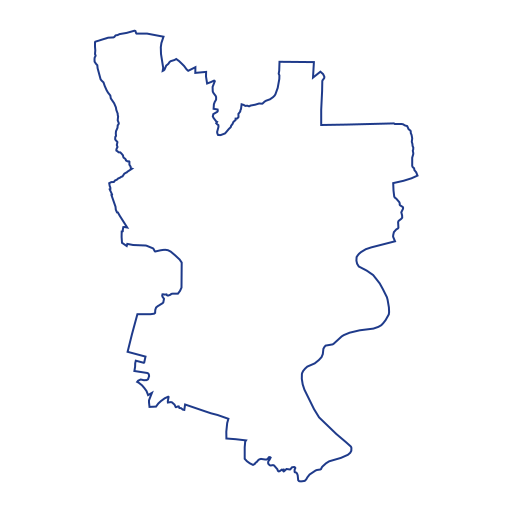 Tan Uyen, Bình Dương, Vietnam (orthographic projection)
{"feature_id": "81297802B30800695298767", "entity_name": "Tan Uyen", "entity_type": "district", "adm_level": 2, "iso_a3": "VNM", "parent_name": "Vietnam", "parent_adm1": "Bình Dương", "projection": "orthographic", "projection_center": [106.743, 11.057], "detail": "fine", "context": "isolated", "style": "outline", "palette": "blue", "viewbox_px": 512, "rotation_deg": 0, "n_neighbors": 0, "source": "geoboundaries", "source_scale": "gbopen_adm2", "svg_char_len": 6023}
<svg xmlns="http://www.w3.org/2000/svg" viewBox="0 0 512 512"><path d="M95.3,41.7L95.0,42.2L95.0,46.8L95.3,50.4L95.0,54.1L95.5,55.2L95.6,55.8L94.7,57.5L94.5,59.1L94.6,61.7L96.0,63.8L97.3,65.2L97.6,68.2L100.6,79.3L101.6,80.6L103.5,82.4L104.7,85.9L106.6,90.2L108.0,92.6L110.3,95.5L110.8,98.4L114.1,103.2L115.9,107.4L116.3,109.9L117.7,113.7L117.7,114.9L118.1,116.4L117.7,120.3L118.8,123.2L118.5,124.3L117.7,125.3L117.5,127.8L116.0,131.2L115.8,133.3L116.0,135.9L115.3,136.9L115.2,138.2L115.2,139.3L115.7,140.2L117.3,141.8L117.4,142.4L116.8,145.0L117.5,147.0L116.6,148.7L116.3,150.0L116.4,150.6L117.5,151.3L118.6,152.3L120.3,152.4L121.5,153.6L123.0,155.4L123.2,156.7L123.6,157.6L125.2,158.8L125.8,159.6L125.9,160.4L127.6,161.4L129.0,161.3L129.4,161.7L129.4,164.7L130.6,166.6L130.8,168.3L132.0,168.7L127.4,171.7L126.8,172.4L125.8,172.8L124.3,173.7L122.5,176.4L121.1,176.9L120.0,177.7L118.1,178.5L117.0,179.6L115.0,180.5L113.8,182.0L111.3,182.1L109.2,183.2L109.7,186.0L110.3,187.5L110.4,189.0L109.7,189.3L112.1,194.6L111.9,195.1L111.5,195.2L115.5,206.7L115.8,209.7L117.0,212.4L117.9,212.5L119.7,215.7L127.2,227.5L124.3,227.0L123.3,227.1L122.8,229.9L122.8,231.2L122.6,231.4L121.7,231.5L121.6,237.0L122.0,242.8L126.7,246.0L127.3,243.9L133.1,245.0L145.4,245.5L146.5,245.7L152.9,248.3L153.4,248.7L154.8,251.3L155.2,251.5L160.5,250.3L163.3,249.9L165.3,249.8L167.9,250.2L170.7,251.6L175.1,255.3L179.6,259.5L181.7,262.6L181.5,287.6L180.0,290.9L177.9,293.7L172.5,293.7L171.3,293.9L170.5,294.7L168.4,295.5L167.5,295.5L166.9,295.2L166.5,294.4L164.8,294.6L163.5,294.3L162.5,294.3L162.2,295.7L162.5,296.7L164.0,298.8L163.3,302.4L162.7,303.1L157.7,306.2L156.1,307.5L155.3,309.8L155.1,312.9L154.1,313.7L150.6,314.2L137.4,314.2L132.0,334.1L127.6,351.8L145.5,356.6L144.2,362.5L143.8,362.8L135.8,360.7L135.2,363.3L135.1,366.7L134.4,371.0L147.3,373.0L148.1,373.4L148.8,374.3L149.1,376.1L148.0,379.3L146.6,380.1L143.9,380.2L140.7,379.5L138.1,380.7L137.2,381.9L138.7,382.7L142.0,385.3L144.3,388.0L146.5,391.0L148.1,395.1L151.9,392.9L149.0,400.3L149.0,402.4L149.5,406.9L156.0,406.6L158.4,403.4L160.9,401.1L164.7,398.3L168.2,396.7L168.6,397.0L167.8,401.2L167.9,402.5L170.8,402.1L171.9,402.3L174.5,404.6L175.7,407.1L176.4,407.1L178.0,406.4L178.7,406.4L179.4,408.0L181.1,408.2L182.8,409.6L184.3,409.9L185.1,404.5L205.6,411.5L211.0,413.3L217.6,415.0L228.4,418.8L227.2,423.0L226.3,431.7L226.4,438.5L235.7,439.2L246.0,440.4L245.2,441.6L244.7,447.2L244.7,458.8L246.9,461.2L249.8,463.3L253.0,464.9L254.7,464.0L255.6,462.7L256.6,462.1L258.3,460.1L259.3,459.4L261.0,458.9L265.0,459.5L266.6,459.5L267.8,458.8L268.8,457.3L269.2,457.1L269.9,457.1L270.6,457.6L269.6,459.6L268.3,461.3L268.1,463.0L268.4,463.9L269.7,465.2L270.7,465.5L273.0,465.1L274.1,465.5L277.4,469.3L277.8,470.6L278.3,471.2L278.7,471.4L279.6,471.2L281.7,469.7L282.6,470.4L282.9,470.3L283.3,469.5L283.7,469.5L283.8,469.9L283.4,471.0L283.7,471.4L284.0,471.3L286.5,469.0L290.0,469.5L290.6,469.0L292.0,467.3L294.2,467.0L295.2,467.6L295.3,468.1L294.6,469.7L294.6,471.8L294.8,472.2L296.0,472.5L296.9,473.3L297.3,474.2L297.7,475.4L298.2,480.2L299.0,481.1L299.8,481.3L301.9,481.3L304.7,480.9L306.2,479.4L307.4,477.3L309.6,474.5L315.6,470.5L316.9,470.0L320.3,469.5L321.0,469.1L321.9,467.2L322.7,466.3L326.0,463.3L329.2,461.3L340.9,457.9L347.9,454.8L350.2,452.8L351.3,450.8L351.4,448.0L351.2,447.2L350.8,446.5L345.9,442.1L336.2,433.9L319.1,417.4L314.0,409.1L304.4,389.6L302.7,384.4L301.8,378.8L301.9,374.0L302.2,372.9L303.2,370.9L305.1,368.6L307.3,366.6L314.7,363.4L318.7,360.2L321.5,357.2L322.8,354.1L323.4,348.8L324.4,347.0L325.6,345.6L332.6,344.4L333.6,343.8L341.7,336.4L343.8,335.1L349.6,332.7L359.7,330.3L373.4,328.6L378.3,326.9L381.3,325.2L383.2,323.2L385.6,320.1L388.8,314.4L389.1,312.1L388.9,307.4L387.6,299.8L386.9,297.2L382.9,289.2L379.7,283.4L373.2,275.1L366.7,270.6L358.8,266.5L357.1,263.7L356.4,260.6L356.6,257.1L357.7,255.4L359.0,253.8L361.0,252.1L365.8,249.2L371.2,247.4L395.0,241.3L393.1,236.7L393.2,235.1L393.9,232.1L396.2,229.5L398.0,228.4L398.4,227.7L398.1,222.1L398.6,220.9L401.3,218.8L402.2,217.7L402.1,215.4L401.3,212.3L403.0,208.8L403.1,208.0L403.0,207.3L402.6,206.9L400.1,205.3L399.7,204.7L399.7,203.3L399.3,202.2L396.3,198.7L394.7,197.5L394.2,196.4L393.5,190.5L393.2,183.1L403.5,180.8L411.5,178.3L417.5,175.6L416.2,172.3L414.4,170.1L414.1,168.3L412.7,167.1L412.2,165.9L412.2,157.7L413.2,154.3L413.3,153.2L412.8,150.7L413.2,149.5L413.3,147.6L412.6,146.0L412.4,143.9L411.8,141.8L412.2,138.4L411.6,135.0L410.8,133.1L410.7,131.2L410.4,130.6L408.6,129.2L407.2,126.1L404.8,125.4L403.1,124.3L401.6,124.0L394.8,124.0L393.9,123.4L346.1,124.6L321.2,125.0L321.2,109.7L322.1,91.1L322.3,81.1L322.5,80.4L324.0,78.4L324.3,77.8L324.3,76.6L323.1,74.1L320.4,71.7L313.0,77.6L313.9,62.1L279.5,61.8L279.2,70.8L278.7,73.7L279.4,75.4L279.3,79.0L277.7,87.9L275.4,94.3L274.6,95.6L273.1,97.1L270.0,99.3L266.1,100.7L264.6,101.6L262.7,103.4L262.2,103.7L259.1,103.5L255.2,104.7L250.3,105.6L249.6,106.2L249.0,106.3L247.3,105.7L245.3,105.9L243.6,104.9L241.6,104.3L241.0,109.0L240.4,110.3L240.2,111.6L238.4,113.9L238.5,117.0L238.2,117.4L237.3,118.4L236.7,118.6L235.6,118.6L235.5,120.1L233.5,121.8L232.4,124.2L231.2,125.6L230.7,127.2L228.9,128.9L225.7,132.7L224.9,133.5L220.6,135.1L218.1,135.0L217.4,133.6L217.1,132.0L218.4,127.2L218.5,126.1L218.3,125.0L217.2,124.3L216.2,123.2L217.1,121.9L216.2,121.4L213.6,118.0L212.8,116.4L213.3,114.1L217.3,111.8L217.8,110.9L217.6,109.5L213.6,108.8L213.9,104.2L214.8,101.8L215.8,100.2L216.1,99.4L216.1,97.0L215.6,95.8L213.6,93.2L212.8,91.7L212.7,90.5L212.6,86.9L214.8,81.2L214.4,80.7L213.8,80.7L211.1,82.0L207.1,83.5L206.0,76.5L206.1,71.9L195.3,72.9L195.4,67.2L188.2,70.8L186.6,69.4L184.1,66.0L182.1,64.0L179.1,61.1L176.2,59.0L174.5,60.0L170.6,61.2L169.5,62.1L168.3,63.9L166.2,65.6L164.5,69.6L163.7,70.4L162.7,70.9L163.2,67.9L161.0,54.0L160.8,47.2L161.4,43.0L163.5,36.7L147.1,33.6L136.5,33.6L136.2,33.3L135.4,31.0L134.5,30.7L126.7,32.9L119.6,34.1L117.5,35.1L115.9,35.3L115.4,35.6L114.4,36.9L113.5,37.4L108.1,37.7L95.3,41.7Z" fill="none" stroke="#1e3a8a" stroke-width="2"/></svg>